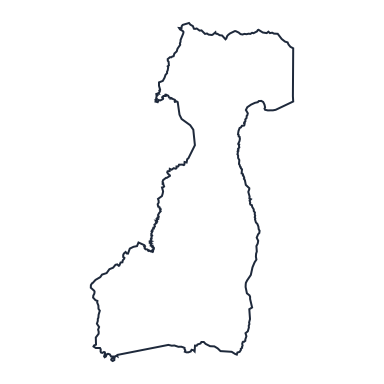 outline of Bugaba, Chiriquí, Panama
{"feature_id": "35544464B94237037415944", "entity_name": "Bugaba", "entity_type": "district", "adm_level": 2, "iso_a3": "PAN", "parent_name": "Panama", "parent_adm1": "Chiriquí", "projection": "mercator", "projection_center": [-82.702, 8.679], "detail": "fine", "context": "isolated", "style": "outline", "palette": "slate", "viewbox_px": 384, "rotation_deg": 0, "n_neighbors": 0, "source": "geoboundaries", "source_scale": "gbopen_adm2", "svg_char_len": 5979}
<svg xmlns="http://www.w3.org/2000/svg" viewBox="0 0 384 384"><path d="M179.1,28.0L180.0,29.4L182.9,31.1L183.5,32.0L183.2,33.6L180.6,39.9L180.5,41.9L179.9,43.4L180.2,44.8L177.5,48.7L176.7,51.4L174.4,53.5L173.6,56.2L172.3,56.5L171.3,57.3L170.0,57.2L167.7,59.1L167.8,60.8L168.6,61.7L168.9,65.4L167.7,66.3L168.2,67.2L167.7,70.3L167.0,71.8L167.1,73.1L165.5,74.9L164.6,77.6L162.8,80.9L159.0,82.4L159.0,85.8L160.1,89.7L159.4,90.4L159.9,91.0L159.7,91.8L158.5,92.9L158.9,93.7L158.1,93.6L157.5,94.4L156.9,93.8L156.3,94.0L156.5,95.3L157.2,95.0L157.5,95.3L156.6,96.2L156.2,98.2L157.0,99.0L155.8,99.6L156.2,100.2L155.6,100.4L155.9,101.1L155.6,101.6L157.7,102.2L158.8,100.1L160.4,100.4L162.9,99.1L163.1,98.4L162.2,97.4L162.4,96.9L163.1,96.7L163.4,96.0L165.6,96.0L165.4,94.7L165.9,94.6L168.2,95.7L169.2,97.6L171.1,98.0L170.8,98.6L171.9,98.6L174.8,99.8L175.2,100.3L174.7,101.5L174.9,101.9L176.7,101.4L177.7,102.1L179.5,114.7L181.6,119.0L190.2,125.2L193.3,129.7L194.9,145.2L188.4,158.3L187.2,159.2L186.6,162.5L184.6,162.0L184.3,164.7L183.8,165.1L182.2,164.6L179.0,164.7L178.3,166.4L176.5,166.5L176.6,167.9L175.8,168.7L173.7,168.2L171.6,169.7L169.8,168.9L169.6,171.1L167.6,171.3L167.2,172.3L167.9,173.6L169.9,175.4L169.9,175.9L166.7,177.9L165.9,177.9L163.1,180.1L162.5,182.0L163.2,183.1L162.6,183.9L163.4,184.5L164.1,186.5L163.1,187.3L162.0,187.5L163.1,191.4L162.6,193.9L161.9,196.1L158.0,198.9L158.6,200.6L158.7,202.6L157.7,204.2L158.0,205.9L158.4,206.2L158.3,206.7L159.6,207.3L159.7,208.5L160.5,208.7L160.7,209.6L160.2,209.9L160.2,210.9L160.6,211.4L159.2,212.9L158.0,215.1L158.7,216.6L157.7,217.3L158.3,217.9L156.9,218.8L157.5,219.3L156.8,219.5L157.1,221.0L156.3,220.9L156.9,221.5L156.8,222.3L156.0,222.4L156.3,223.1L154.4,224.7L154.9,226.5L154.3,227.0L154.0,227.9L153.5,227.9L153.7,228.6L153.0,228.8L151.7,231.0L152.5,231.2L151.2,234.0L152.1,235.5L151.4,235.8L151.7,236.5L151.4,237.4L151.7,238.1L151.0,238.7L151.3,239.4L150.8,240.0L151.0,240.7L150.6,240.9L151.4,241.2L150.6,241.5L150.8,241.9L150.3,242.1L150.8,242.5L150.2,242.9L151.1,243.3L150.4,243.6L151.4,245.2L150.9,245.7L151.7,246.1L152.6,245.7L153.0,246.7L152.5,246.8L152.4,247.3L153.8,247.7L153.9,248.8L153.2,250.0L153.0,251.6L152.2,252.6L152.5,251.7L151.7,251.5L151.8,250.7L151.0,251.5L149.3,250.5L148.8,251.0L148.0,250.6L147.9,249.8L147.1,249.4L145.6,249.3L144.7,248.4L144.9,247.9L144.2,246.6L145.0,246.1L144.4,245.2L138.5,242.5L137.0,246.1L133.5,246.8L129.8,248.6L128.0,253.6L126.8,253.5L125.6,252.0L123.9,253.5L123.2,255.0L123.2,257.0L124.4,257.8L124.2,258.7L122.8,260.3L122.4,262.3L120.6,262.5L119.3,265.6L118.7,265.8L117.3,264.4L115.5,264.8L113.1,267.7L109.4,269.2L106.6,273.1L102.0,274.6L100.3,277.1L95.5,279.9L92.8,282.9L92.0,283.3L90.9,285.1L90.8,287.7L94.2,290.8L94.6,291.8L94.3,293.7L93.3,295.6L93.1,297.6L95.5,300.2L97.4,300.9L97.2,302.6L98.4,305.6L98.5,308.8L99.8,310.7L98.6,314.8L98.4,317.7L97.8,318.9L97.8,320.9L96.9,323.7L99.1,327.0L98.1,329.7L98.7,331.8L98.6,333.8L95.8,337.5L96.0,344.6L94.0,345.5L93.5,346.5L95.8,348.0L100.0,348.0L100.7,349.3L100.6,351.5L101.0,352.5L102.3,352.9L104.0,352.0L104.8,352.3L105.1,353.3L104.1,356.3L104.7,357.2L105.9,356.5L106.7,354.4L108.0,353.8L109.8,354.4L111.1,356.5L113.4,356.5L113.7,357.2L113.4,358.1L111.7,358.7L111.2,359.5L111.5,360.3L112.7,361.0L114.3,360.1L114.4,358.2L115.1,356.3L116.4,355.8L117.3,356.3L117.0,355.3L117.5,354.9L168.4,344.9L171.7,345.7L174.4,345.5L178.4,346.8L181.2,346.7L183.7,347.5L184.6,348.0L184.5,349.0L185.3,350.3L184.8,351.7L186.3,352.3L188.4,352.3L190.7,351.5L191.6,349.8L193.4,350.2L194.6,351.4L195.0,345.6L196.7,345.7L197.5,344.5L200.5,343.5L201.4,342.0L203.8,342.0L205.6,343.9L210.1,346.2L214.4,346.4L217.7,348.4L220.5,351.1L231.7,351.8L235.0,353.9L236.8,354.6L237.4,352.5L239.6,351.9L240.9,349.9L240.8,348.9L242.1,347.8L242.0,346.8L242.6,345.6L242.2,343.9L242.7,342.1L243.2,341.7L244.0,341.8L245.3,340.8L245.3,339.5L246.4,336.2L245.5,333.2L247.8,331.3L248.9,327.4L248.7,325.8L249.4,324.1L249.1,322.5L250.0,319.1L249.3,309.2L252.1,307.5L250.1,299.0L250.1,296.8L249.5,295.4L246.9,293.3L245.6,287.0L245.7,284.5L245.9,282.8L247.2,280.3L250.8,275.0L252.5,267.3L254.6,262.3L256.4,259.6L255.9,256.6L256.1,253.7L256.8,251.5L256.4,246.1L257.7,243.6L258.2,240.8L256.7,237.7L258.1,234.3L259.3,233.0L259.6,230.8L258.7,229.2L258.4,226.6L257.4,224.0L255.9,222.4L255.0,219.3L255.3,218.4L254.7,217.2L255.2,215.7L254.7,214.2L254.9,212.5L253.8,211.1L253.7,209.3L252.2,206.9L251.9,205.2L250.5,204.7L250.0,203.7L250.2,202.5L249.6,200.6L250.9,199.2L249.4,198.5L249.6,196.5L248.3,191.9L249.3,189.1L249.3,188.2L245.8,184.9L244.9,180.2L243.9,178.8L244.3,178.0L243.6,176.1L242.9,175.6L243.1,174.9L242.6,173.7L241.6,173.4L242.0,169.3L240.9,168.4L240.8,167.2L240.1,166.8L239.7,165.0L239.0,164.0L239.3,160.1L238.1,157.9L238.1,155.3L237.4,154.2L237.9,152.9L237.6,151.6L238.4,150.9L237.9,150.1L238.4,149.5L238.1,148.7L239.3,147.5L238.9,145.5L239.2,144.5L238.2,143.9L239.5,141.1L239.9,138.9L239.6,136.8L238.7,136.4L238.6,134.8L238.0,134.4L238.5,131.0L239.6,128.0L240.9,127.4L241.9,125.8L244.0,125.6L244.4,125.1L244.7,123.2L244.1,123.1L244.2,122.4L245.4,121.2L245.3,119.4L246.5,118.1L246.7,115.9L247.3,115.3L247.8,113.3L245.9,110.0L247.3,107.2L251.1,104.6L255.0,102.8L257.8,102.2L258.7,101.1L261.3,100.9L263.2,102.0L264.5,104.7L265.1,107.4L264.5,108.6L265.1,109.8L267.8,110.4L273.1,110.3L275.7,109.8L293.2,101.5L292.9,96.2L293.2,48.3L290.4,46.8L288.5,44.5L287.6,42.4L285.0,41.6L281.7,39.0L277.7,33.8L273.9,33.6L272.2,32.7L269.9,33.1L268.4,31.7L266.7,33.1L262.8,32.5L258.5,29.8L257.8,30.1L257.0,31.4L253.5,33.2L252.1,32.8L250.4,33.9L248.5,33.7L246.6,34.2L244.4,33.9L242.5,34.5L240.5,34.1L238.6,32.5L235.6,31.1L234.8,31.1L230.1,33.4L228.4,34.7L227.2,36.0L226.3,38.5L225.5,39.3L222.1,35.5L219.6,35.2L217.4,33.8L216.3,33.8L215.6,33.2L215.4,32.3L212.9,34.5L211.9,35.0L208.6,34.6L207.0,33.5L205.0,33.9L201.5,30.4L199.6,30.6L196.7,28.5L195.1,28.9L193.9,28.7L192.9,26.1L190.4,24.7L189.0,23.0L182.7,24.9L181.7,26.2L181.5,28.2L179.1,28.0Z" fill="none" stroke="#1e293b" stroke-width="2"/></svg>